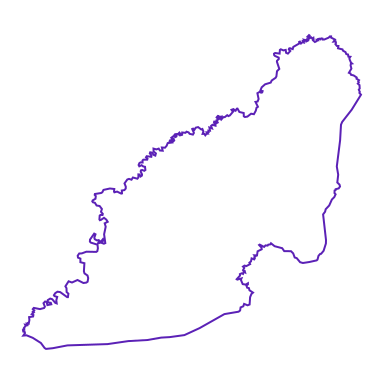 outline of Phibun Rak, Udon Thani, Thailand
{"feature_id": "78962969B22410583469431", "entity_name": "Phibun Rak", "entity_type": "district", "adm_level": 2, "iso_a3": "THA", "parent_name": "Thailand", "parent_adm1": "Udon Thani", "projection": "albers", "projection_center": [103.057, 17.536], "detail": "fine", "context": "isolated", "style": "outline", "palette": "violet", "viewbox_px": 384, "rotation_deg": 0, "n_neighbors": 0, "source": "geoboundaries", "source_scale": "gbopen_adm2", "svg_char_len": 5903}
<svg xmlns="http://www.w3.org/2000/svg" viewBox="0 0 384 384"><path d="M299.4,43.4L293.3,46.9L292.7,49.1L289.9,48.2L289.1,48.5L288.8,49.5L290.3,51.0L287.9,53.6L286.1,52.8L285.7,49.9L283.4,50.4L280.8,49.3L279.9,49.9L279.6,53.6L275.1,53.0L274.0,53.7L274.1,55.0L274.9,55.9L278.7,57.6L278.8,59.0L277.0,60.8L276.9,61.7L279.3,68.9L277.0,71.2L276.4,76.4L275.6,77.8L271.7,80.5L270.7,82.6L265.1,84.3L261.7,87.3L260.4,90.5L262.6,91.1L262.2,92.4L261.1,92.7L259.8,91.8L257.4,93.2L258.6,99.0L257.6,101.5L255.5,101.9L257.9,106.8L256.5,107.8L255.8,110.7L253.9,114.2L251.1,113.7L247.4,116.6L244.9,117.0L243.8,116.3L243.7,113.0L239.4,112.0L237.5,108.6L236.8,108.7L235.6,110.7L233.4,109.1L231.5,109.8L232.0,110.6L233.7,110.9L229.9,115.4L228.4,116.1L227.2,115.2L224.8,117.1L223.4,117.1L221.2,119.6L220.5,118.5L221.4,116.6L220.0,116.8L219.2,118.1L218.5,116.0L217.9,115.9L216.6,117.4L218.4,119.4L216.6,120.3L217.7,122.5L216.0,123.4L215.4,121.6L214.2,121.6L214.0,122.8L215.5,124.3L215.5,125.7L212.4,124.8L211.1,125.9L212.0,128.4L209.4,127.5L210.0,130.7L208.4,130.6L208.6,132.1L206.7,132.3L207.8,133.7L206.4,133.9L205.3,135.3L204.3,133.8L202.6,133.9L203.4,131.5L202.4,129.0L201.3,129.5L198.1,127.1L195.7,127.7L194.4,129.8L193.1,128.6L192.2,129.0L193.9,132.9L192.9,134.6L189.6,133.8L188.6,132.4L186.5,131.7L185.5,132.8L182.2,132.5L182.1,134.8L179.9,135.4L179.4,135.0L180.4,133.9L179.4,132.6L178.2,133.9L175.1,134.2L174.7,134.7L176.6,135.9L176.3,136.6L175.2,137.1L174.5,136.0L173.5,136.1L171.3,137.8L171.8,138.5L173.5,138.7L174.2,140.5L172.6,142.0L171.7,141.5L172.0,140.2L170.1,140.3L169.6,141.2L171.4,142.6L167.7,143.1L166.7,145.7L165.0,147.7L161.9,147.5L162.7,150.7L159.9,150.5L158.7,148.6L156.4,149.4L153.5,148.6L153.6,151.5L155.9,153.4L155.3,155.6L154.0,155.1L151.9,152.6L150.2,152.3L149.8,153.4L151.5,155.5L151.3,156.8L146.7,156.2L146.0,157.3L147.5,158.7L147.2,159.7L143.3,159.7L142.5,160.5L142.6,162.5L140.5,162.4L139.4,163.1L138.6,165.0L139.3,166.3L141.6,165.2L143.3,166.5L145.0,166.8L145.4,170.0L144.3,170.8L142.1,170.0L140.9,170.4L140.7,171.7L142.0,174.3L141.9,175.6L140.6,176.5L139.5,174.5L138.4,174.4L138.4,177.4L137.4,178.7L132.9,177.5L131.5,179.7L129.0,178.9L127.3,179.5L124.5,183.4L125.8,186.7L125.7,188.6L124.4,190.1L121.8,190.5L122.0,193.4L121.2,193.6L117.1,191.6L114.4,192.3L114.0,191.6L114.3,189.0L109.9,188.5L103.5,189.9L102.3,192.3L101.1,193.0L94.9,194.0L94.7,194.9L95.8,196.1L95.5,198.7L92.7,200.4L92.3,201.4L93.0,202.3L94.9,202.8L96.6,205.5L99.6,206.0L101.9,209.0L101.0,211.8L102.8,213.9L102.5,215.0L100.5,214.9L99.7,215.6L99.4,219.4L99.9,220.2L101.1,219.8L104.0,217.8L106.3,219.6L107.7,221.8L104.7,223.3L105.7,226.7L104.1,234.3L105.3,243.1L103.9,243.7L101.7,242.9L103.4,240.2L102.9,239.2L100.0,242.8L98.0,243.3L99.3,240.6L98.7,240.1L96.9,240.4L94.8,239.2L94.3,237.8L95.5,234.3L94.2,233.6L90.0,239.6L89.9,241.6L90.8,242.6L97.5,244.7L97.9,248.3L97.3,251.2L96.2,251.9L86.4,251.7L81.8,253.4L79.2,253.5L77.7,255.7L78.0,257.6L80.4,258.6L80.4,262.2L84.4,263.2L83.9,271.3L84.5,273.4L87.5,275.5L88.2,278.1L87.6,281.7L86.3,282.6L83.4,283.0L77.5,280.0L72.0,282.5L68.6,281.3L65.4,286.3L66.5,288.2L66.6,292.0L68.4,293.7L67.9,297.1L67.1,297.1L60.2,292.1L57.5,291.7L55.3,293.1L53.9,295.2L54.5,296.1L57.2,296.9L56.3,300.3L56.7,303.4L55.3,302.9L52.2,299.2L50.2,298.6L47.8,300.1L47.6,301.0L48.2,302.4L50.8,302.8L51.3,304.3L47.4,305.1L46.5,301.8L45.1,301.5L43.5,303.2L44.9,306.7L44.1,308.0L40.0,309.1L33.8,307.9L32.8,309.1L34.2,310.4L32.0,312.6L33.5,311.6L34.0,312.2L31.8,314.2L33.4,315.0L33.1,316.5L29.1,317.1L29.4,320.1L28.7,323.6L27.8,323.2L27.6,324.6L26.6,323.9L26.6,325.2L25.2,324.8L25.7,325.9L24.0,327.8L24.3,328.7L23.5,329.2L24.0,329.8L23.0,330.2L23.3,331.6L24.6,331.8L25.0,333.1L23.3,335.6L26.5,335.3L32.7,337.8L40.9,343.0L44.6,348.0L46.0,348.9L52.8,348.2L67.4,345.4L107.5,344.1L128.3,341.1L147.6,340.0L161.2,337.6L169.8,337.1L184.4,335.1L199.6,328.1L224.4,314.1L238.6,311.7L240.1,310.5L240.6,307.4L243.3,306.3L244.1,303.9L247.6,305.3L249.6,304.5L250.1,297.2L251.4,294.0L253.0,292.6L249.5,290.3L248.9,288.1L247.2,287.7L246.4,285.6L247.9,284.4L247.9,283.3L245.7,284.6L242.7,284.1L240.9,279.9L241.5,278.4L237.3,279.6L236.7,279.2L240.0,275.6L239.9,274.1L241.8,273.3L243.0,273.9L243.7,271.9L245.1,272.5L244.7,271.0L243.7,271.1L243.0,270.2L244.3,267.9L243.0,266.6L244.5,265.6L246.3,266.1L250.1,264.1L249.4,262.7L251.0,261.4L251.6,258.4L254.2,259.4L254.8,258.4L254.3,257.2L255.3,256.5L254.4,255.3L257.0,255.4L257.6,251.3L261.7,249.3L261.5,247.6L259.1,245.0L259.7,244.6L264.1,246.9L265.5,245.4L267.6,245.6L268.2,244.7L270.5,244.3L271.0,243.3L274.6,246.2L282.2,248.2L284.2,251.1L291.0,251.2L293.2,253.4L294.7,257.5L296.7,258.1L300.1,262.2L302.9,263.0L309.4,262.0L316.6,260.4L317.5,259.6L318.5,255.8L320.2,253.9L321.1,253.8L323.6,250.8L325.9,243.5L326.0,240.1L323.1,214.4L325.1,211.7L325.7,209.2L329.2,205.5L331.9,199.5L334.3,197.1L335.6,194.3L334.5,193.1L334.6,190.5L335.7,189.9L335.7,189.2L338.7,188.4L340.0,186.5L339.5,184.6L337.3,182.5L338.2,174.7L336.8,166.5L340.1,140.3L341.0,124.7L342.2,121.9L351.7,109.7L361.0,94.7L359.4,92.9L359.8,91.9L358.8,89.7L359.7,88.5L359.5,85.1L357.8,83.6L358.8,82.3L358.2,81.3L359.0,80.2L356.5,78.7L356.7,77.5L353.6,75.4L351.0,74.8L350.5,73.5L348.9,72.8L351.4,68.6L350.6,65.4L350.9,63.7L352.0,63.5L350.9,62.5L349.6,59.4L349.4,58.2L350.3,56.8L348.4,56.6L348.0,54.5L346.3,54.1L345.5,52.1L343.0,50.7L342.5,49.4L338.0,48.3L338.4,46.0L336.8,45.9L335.4,44.1L336.0,43.0L335.6,41.4L333.6,41.6L335.0,39.6L331.1,37.6L331.1,36.4L329.9,36.4L328.6,37.7L324.3,39.5L322.6,39.5L322.5,38.6L321.2,38.4L320.2,39.4L319.4,38.7L318.1,39.0L318.2,40.2L316.6,39.8L316.7,41.1L314.9,42.0L313.0,40.3L313.6,39.3L313.4,37.8L312.2,38.6L311.3,37.4L309.9,38.1L309.7,35.6L309.0,35.1L307.4,36.8L309.2,37.9L307.3,39.4L308.4,39.8L308.3,40.4L306.8,41.2L306.4,39.7L305.8,40.2L303.8,39.7L304.5,41.3L303.0,41.1L303.6,42.5L302.4,42.2L301.0,43.5L299.9,41.6L299.1,42.0L299.4,43.4Z" fill="none" stroke="#5b21b6" stroke-width="2"/></svg>